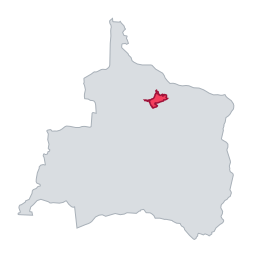 Kiri, Bandundu, Democratic Republic of the Congo shown in context, rotated 92°
{"feature_id": "63176286B37259268611319", "entity_name": "Kiri", "entity_type": "district", "adm_level": 2, "iso_a3": "COD", "parent_name": "Democratic Republic of the Congo", "parent_adm1": "Bandundu", "projection": "albers", "projection_center": [19.184, -1.724], "detail": "fine", "context": "in_parent", "style": "filled", "palette": "rose", "viewbox_px": 256, "rotation_deg": 92, "n_neighbors": 0, "source": "geoboundaries", "source_scale": "gbopen_adm2", "svg_char_len": 6772}
<svg xmlns="http://www.w3.org/2000/svg" viewBox="0 0 256 256"><g transform="rotate(92 128 128)"><path d="M229.8,175.5L208.7,178.6L209.1,179.8L208.9,181.1L208.4,182.0L206.2,184.6L203.0,187.0L203.0,187.6L204.6,190.2L205.5,193.9L205.2,200.3L205.6,202.0L205.6,203.4L204.5,204.9L202.3,212.6L203.7,216.3L207.8,219.8L210.2,222.4L214.3,223.4L215.0,223.2L215.3,221.1L218.5,220.3L218.4,234.0L218.2,234.7L217.6,234.9L216.8,234.5L216.5,233.2L215.7,232.6L211.7,234.2L210.7,234.2L209.6,233.9L208.7,233.2L208.5,232.1L205.7,228.1L204.4,227.8L202.8,224.3L196.6,221.6L194.2,221.4L192.9,220.5L191.7,217.7L189.6,215.9L189.1,213.8L188.7,213.6L187.4,214.0L186.3,217.1L184.9,217.9L182.3,217.9L175.9,217.0L171.3,215.3L170.0,215.4L168.2,213.9L167.5,211.5L167.9,209.6L167.6,209.3L160.5,210.8L158.8,211.8L157.2,211.5L156.7,211.0L157.4,209.7L157.1,208.3L156.6,207.6L154.5,207.1L153.9,205.6L152.6,205.4L152.2,205.6L151.8,206.6L151.1,207.0L146.9,206.4L142.5,207.8L136.7,207.4L133.9,209.0L133.4,208.9L132.9,208.1L132.3,205.5L132.6,204.8L133.5,204.3L133.8,203.2L133.5,200.6L133.7,199.9L133.4,198.4L132.6,195.9L131.3,193.9L128.7,190.8L128.2,189.4L128.4,186.0L129.3,180.6L129.2,176.6L128.1,173.9L127.9,171.1L128.6,166.1L127.9,164.9L114.6,164.4L114.0,164.0L113.8,163.3L114.4,160.3L106.2,161.1L103.8,161.7L102.3,162.9L101.8,164.4L101.7,166.6L100.5,168.7L100.2,172.3L97.9,172.7L95.7,172.7L91.3,171.9L87.1,172.9L85.0,173.9L83.9,173.4L80.2,173.8L79.7,173.5L75.3,166.5L73.4,164.2L73.0,163.1L73.2,162.0L72.6,160.5L70.6,156.9L70.2,155.3L70.3,152.6L70.1,151.7L68.3,149.5L67.0,148.7L65.7,148.4L43.9,148.7L36.7,148.3L31.4,148.7L28.8,148.5L28.0,148.2L25.6,148.7L24.4,149.6L22.5,150.1L21.3,149.9L19.0,147.3L22.1,146.9L22.3,146.6L22.5,140.3L21.7,139.5L23.3,138.4L26.0,135.6L28.6,134.6L28.9,134.1L29.5,134.1L30.4,135.2L32.6,136.7L35.4,135.4L35.7,135.0L36.1,132.3L36.8,132.1L38.0,132.7L38.6,132.7L39.8,131.9L43.4,130.5L44.4,132.3L43.5,133.8L43.9,134.9L44.0,136.6L44.6,137.0L47.4,137.2L48.2,136.8L53.7,130.6L55.2,129.9L57.5,127.4L60.6,126.3L62.0,124.4L63.7,120.9L64.5,116.0L64.2,107.4L64.5,106.2L68.2,102.4L72.0,95.3L74.6,93.5L76.6,92.7L79.6,90.2L82.0,87.6L81.7,84.5L82.2,81.9L83.5,78.6L84.0,75.2L83.5,71.5L83.7,68.6L85.5,63.8L85.6,58.4L87.2,53.8L90.4,48.0L91.9,43.7L91.6,39.4L92.1,36.3L91.9,34.4L91.3,32.8L91.6,31.8L92.8,31.4L94.3,29.8L97.1,25.7L100.0,23.6L102.0,23.0L104.2,23.1L105.5,23.4L107.8,25.1L110.4,26.4L112.3,28.0L114.2,30.5L118.7,31.1L120.7,32.0L121.9,32.4L122.3,32.1L123.3,32.3L125.4,33.0L127.1,32.6L135.6,34.3L136.5,33.5L138.9,29.1L140.7,27.6L143.6,27.5L145.8,28.3L147.0,28.3L157.4,24.6L158.8,24.4L162.5,25.4L165.0,24.8L166.0,25.0L168.1,24.3L169.8,21.7L171.3,21.1L186.2,24.0L188.5,22.6L189.5,22.5L192.8,23.5L193.8,25.1L195.8,26.5L197.2,28.8L199.4,30.1L200.5,31.3L201.8,32.2L204.5,32.5L208.0,30.5L210.4,30.7L212.9,31.9L213.7,31.8L215.6,30.6L216.5,29.4L217.5,29.1L218.9,29.7L220.1,30.9L221.1,32.6L224.8,36.6L228.4,38.3L229.3,40.7L230.6,40.5L231.2,40.7L232.1,42.2L232.8,42.5L232.9,43.2L232.0,44.6L231.1,47.3L232.2,49.0L231.3,51.5L230.8,54.0L231.9,54.6L233.4,54.6L234.8,55.9L235.9,56.1L237.0,57.6L236.7,58.7L233.1,62.8L227.7,67.8L225.9,68.4L225.0,69.3L224.3,70.8L222.8,72.0L221.6,72.5L221.4,76.2L219.6,80.0L218.9,80.7L217.9,86.9L218.1,88.0L217.0,93.0L217.2,97.7L214.6,99.1L212.8,101.4L212.0,103.0L212.0,106.9L209.1,109.2L208.8,109.7L209.5,112.4L210.6,112.9L210.6,113.8L213.0,116.7L212.7,125.6L212.9,126.5L214.1,128.6L214.9,132.7L213.9,137.8L217.0,147.2L215.6,150.7L216.2,154.0L218.1,157.4L222.6,160.9L223.8,162.3L224.9,164.2L226.0,167.1L229.8,175.5Z" fill="#d9dde1" stroke="#a8b0b8" stroke-width="1"/><path d="M93.5,95.4L93.8,95.6L94.0,96.2L94.2,96.5L94.3,97.0L94.2,97.2L94.1,97.3L93.9,97.5L94.0,97.5L94.0,97.8L93.8,98.1L93.6,98.1L93.3,98.4L93.2,98.4L93.1,98.5L93.1,98.8L93.1,99.0L92.9,99.2L92.8,98.9L92.7,98.8L92.4,98.9L92.2,99.0L91.9,99.0L91.7,99.0L91.4,99.1L91.2,99.1L90.9,99.2L90.8,99.3L90.7,99.3L90.6,99.5L90.4,99.9L90.3,100.4L90.2,100.5L90.0,100.9L89.9,100.9L89.9,101.0L89.7,101.0L89.4,101.0L89.6,101.3L89.9,101.4L90.0,101.4L90.3,101.3L90.5,101.1L90.9,101.0L91.0,100.9L91.3,100.9L91.5,100.8L91.9,100.9L92.1,100.8L92.3,100.9L92.6,101.0L92.7,101.3L92.7,101.5L92.8,101.5L93.1,101.8L93.3,101.8L93.6,102.1L93.8,102.1L94.0,102.1L94.3,102.1L94.6,102.1L94.8,102.2L94.9,102.3L95.0,102.3L95.4,102.6L95.7,102.7L95.8,102.7L96.0,102.7L96.3,102.7L96.7,103.0L97.6,103.7L98.1,104.7L98.1,104.8L98.2,105.0L98.2,105.3L98.3,105.5L98.7,105.8L98.9,106.3L99.1,106.4L99.2,106.5L99.3,106.7L99.2,106.9L99.2,107.0L99.1,107.3L99.2,107.5L99.2,107.8L99.3,108.1L99.4,108.4L99.6,108.8L99.7,109.1L99.7,109.3L99.8,109.5L99.7,109.9L99.7,110.0L99.6,110.4L99.5,110.7L99.5,110.8L99.5,111.1L99.4,111.2L99.4,111.3L99.5,111.8L99.5,112.1L99.5,112.3L99.6,112.2L99.8,112.3L100.0,112.2L100.0,111.8L100.0,111.6L100.0,111.4L100.0,111.0L100.0,110.8L100.0,110.6L100.1,110.4L100.3,110.1L100.5,109.8L100.5,109.7L100.6,109.3L100.4,109.3L100.3,109.2L100.2,109.1L100.2,108.9L100.3,108.8L100.3,108.7L100.2,108.4L100.0,108.0L100.0,107.9L99.8,107.6L99.7,107.5L99.7,107.3L99.8,107.3L100.0,107.3L100.3,107.3L100.4,107.5L100.5,107.5L100.7,107.4L100.8,107.4L100.9,107.5L101.1,107.4L101.3,107.4L101.6,107.2L101.8,107.2L102.0,106.9L102.3,106.9L102.5,106.8L102.8,106.7L103.4,106.5L103.6,106.3L103.9,106.2L104.2,106.1L104.3,106.0L104.5,105.8L104.8,105.8L104.9,105.7L105.1,105.5L105.3,105.2L105.6,105.0L105.6,104.9L105.6,104.7L105.9,104.6L106.0,104.6L106.3,104.6L106.3,104.3L106.3,104.2L106.5,104.0L106.9,104.0L107.0,104.0L107.1,103.9L107.2,103.7L107.0,103.3L106.9,103.0L106.7,102.9L106.6,102.6L106.5,102.4L106.5,102.2L106.4,102.0L106.3,101.8L106.3,101.6L106.2,101.4L106.1,101.1L106.0,100.8L106.0,100.6L105.9,100.5L105.9,100.4L105.8,100.2L105.7,100.1L105.4,100.0L105.4,99.9L105.2,99.8L105.2,99.7L104.9,99.5L104.8,99.4L104.7,99.4L104.6,99.5L104.4,99.7L104.2,100.2L104.1,100.3L103.9,100.5L103.7,100.7L103.7,100.8L103.7,101.0L103.6,101.3L103.6,101.5L103.4,101.7L103.3,101.8L103.2,101.8L102.9,101.9L102.5,101.9L102.3,101.8L102.0,101.6L102.1,101.4L102.2,101.2L102.2,100.9L102.2,100.7L102.1,100.4L101.9,100.2L101.9,99.7L101.9,99.4L101.9,99.2L101.7,98.9L101.7,98.7L101.6,98.4L101.5,98.2L101.4,98.1L101.4,97.9L101.2,97.7L101.0,97.2L100.8,96.7L100.6,96.2L100.4,95.5L100.3,95.2L100.1,94.8L100.0,94.5L99.9,94.2L99.8,93.9L99.8,93.7L99.7,93.6L99.6,93.4L99.4,93.3L99.0,93.3L98.8,93.3L98.7,93.3L98.6,93.2L98.6,92.6L98.6,92.3L98.6,92.1L98.5,91.9L98.5,91.5L98.4,91.3L98.2,91.0L98.0,90.7L97.9,90.4L97.7,90.1L97.5,89.9L97.3,89.8L97.2,89.7L97.2,89.9L97.1,90.1L96.9,90.3L96.7,90.3L96.4,90.6L95.9,90.7L95.7,90.7L95.7,90.8L95.5,90.7L95.3,90.7L95.1,90.6L94.9,90.6L93.9,90.7L93.6,91.2L93.6,91.5L93.4,92.0L93.3,92.9L93.4,93.0L94.2,93.2L94.6,93.6L94.8,94.2L94.8,94.6L94.3,94.8L94.0,94.4L93.4,94.1L93.2,94.4L93.1,94.8L93.4,95.2L93.5,95.4Z" fill="#f43f5e" stroke="#9f1239" stroke-width="1.5"/></g></svg>